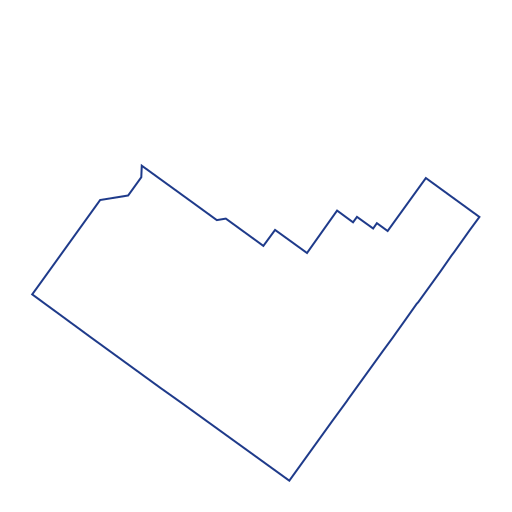 Walthall, Mississippi, United States of America (Robinson projection), rotated 306°
{"feature_id": "52423323B48551637922403", "entity_name": "Walthall", "entity_type": "district", "adm_level": 2, "iso_a3": "USA", "parent_name": "United States of America", "parent_adm1": "Mississippi", "projection": "robinson", "projection_center": [-90.045, 31.176], "detail": "fine", "context": "isolated", "style": "outline", "palette": "blue", "viewbox_px": 512, "rotation_deg": 306, "n_neighbors": 0, "source": "geoboundaries", "source_scale": "gbopen_adm2", "svg_char_len": 661}
<svg xmlns="http://www.w3.org/2000/svg" viewBox="0 0 512 512"><g transform="rotate(306 256 256)"><path d="M261.9,110.5L252.3,116.9L229.8,117.0L209.7,97.0L106.0,97.5L93.4,97.5L93.1,169.2L93.1,177.0L93.1,256.0L93.4,282.0L93.8,415.0L143.8,414.8L166.6,414.7L166.9,414.7L192.2,414.8L194.4,414.7L254.1,414.5L270.3,414.6L276.0,414.5L288.9,414.4L311.8,414.1L313.9,414.4L348.9,414.3L352.0,414.3L371.6,413.9L375.3,414.0L402.8,413.7L418.9,413.8L418.9,347.6L353.6,347.8L353.6,334.5L347.1,334.6L347.0,314.7L340.3,314.7L340.4,294.9L288.4,295.5L288.3,256.1L268.5,256.0L268.5,209.6L262.0,203.2L262.0,168.7L261.9,110.5Z" fill="none" stroke="#1e3a8a" stroke-width="2"/></g></svg>